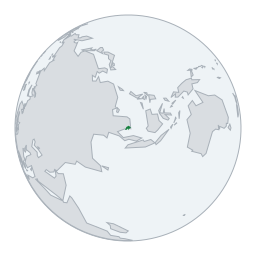 Kiên Giang highlighted on a globe, orthographic projection, rotated 303°
{"feature_id": "VNM-502", "entity_name": "Kiên Giang", "entity_type": "Province", "adm_level": 1, "iso_a3": "VNM", "parent_name": "Vietnam", "parent_adm1": "", "projection": "orthographic", "projection_center": [104.707, 9.97], "detail": "fine", "context": "on_globe", "style": "filled", "palette": "green", "viewbox_px": 256, "rotation_deg": 303, "n_neighbors": 0, "source": "natural_earth", "source_scale": "10m", "svg_char_len": 8897}
<svg xmlns="http://www.w3.org/2000/svg" viewBox="0 0 256 256"><g transform="rotate(303 128 128)"><circle cx="128" cy="128" r="113" fill="#eef3f6" stroke="#a8b0b8"/><path d="M232.7,163.5L232.5,164.2L232.4,164.4L232.7,163.5ZM180.1,28.1L184.1,30.4L180.4,28.3L190.5,34.7L193.6,37.7L187.9,33.0L185.5,31.5L186.5,32.6L184.3,31.5L183.5,31.4L180.7,30.0L177.6,27.8L175.8,27.0L176.6,27.9L174.4,27.3L173.5,26.1L169.5,25.1L163.6,21.9L163.6,21.1L172.0,24.3L180.1,28.1ZM187.5,32.5L186.8,32.0L188.3,33.0L187.5,32.5ZM183.8,31.7L184.7,32.3L183.9,32.1L183.8,31.7ZM179.0,29.8L177.4,29.4L178.5,29.4L179.0,29.8ZM176.2,29.0L172.4,28.4L174.1,29.6L167.1,26.2L172.6,27.6L173.7,27.3L174.4,28.1L176.2,29.0ZM163.9,24.7L162.5,24.3L163.3,24.3L163.9,24.7ZM143.8,16.5L147.8,17.1L143.8,16.5ZM142.7,16.3L142.8,16.3L141.3,16.1L141.5,16.2L142.7,16.3ZM138.8,15.9L138.7,15.9L138.2,15.8L138.8,15.9ZM141.2,16.1L141.7,16.2L140.6,16.1L141.2,16.1ZM134.7,15.6L135.0,15.6L133.0,15.5L132.1,15.4L134.7,15.6ZM38.8,59.2L38.8,59.3L38.1,60.4L34.7,65.1L31.0,73.4L34.0,69.8L34.3,75.2L36.7,76.4L43.9,67.5L39.9,65.3L42.8,60.5L48.8,58.4L52.8,61.0L54.0,59.3L54.5,54.4L58.4,52.0L55.0,52.5L54.1,54.5L51.9,55.0L52.6,53.3L53.9,52.4L53.6,51.1L47.2,56.2L45.6,58.7L42.9,58.4L40.0,62.7L38.2,64.3L42.3,57.5L44.2,55.4L49.4,48.2L47.2,50.3L42.1,57.4L42.3,56.6L39.2,60.1L41.8,56.8L47.9,49.0L47.5,49.2L58.7,39.2L61.4,37.3L61.5,37.5L67.2,33.7L68.0,33.4L64.4,35.6L61.9,37.5L62.7,38.7L64.1,38.2L67.8,35.8L67.5,36.7L71.0,34.2L73.5,34.3L73.3,32.3L77.6,30.0L81.4,28.9L82.8,27.9L76.5,29.9L74.0,31.0L72.0,32.5L65.2,36.1L64.0,36.4L70.9,31.7L70.0,31.7L75.8,28.5L89.3,24.4L92.7,24.5L89.3,28.9L86.0,29.8L85.6,28.6L82.1,31.7L84.2,30.5L84.0,31.4L88.1,29.9L88.1,30.5L91.9,28.2L92.4,28.7L90.0,30.2L96.4,29.0L98.6,30.1L100.1,29.5L101.0,28.7L103.2,30.9L104.1,30.5L103.8,29.5L105.4,28.1L109.3,26.6L109.8,27.4L108.5,28.1L106.6,31.0L103.1,32.9L103.7,33.2L106.9,31.7L109.2,28.1L111.4,27.0L110.7,28.6L111.1,27.9L112.4,27.6L114.1,28.3L115.0,26.6L127.9,23.8L132.5,25.1L130.5,26.6L140.1,26.7L144.6,29.0L144.2,28.0L148.6,27.9L147.2,27.1L147.4,26.7L158.0,26.9L160.9,27.9L165.1,27.7L164.9,27.2L163.0,26.4L167.1,26.2L174.1,29.6L174.1,30.3L178.5,32.2L177.9,33.7L179.5,36.1L176.4,37.1L177.9,39.2L179.4,39.8L182.6,43.3L183.9,49.3L176.1,41.9L172.9,34.1L173.6,36.8L171.4,35.6L170.5,36.3L171.1,38.5L172.5,39.1L163.3,40.8L160.9,47.1L166.0,47.4L169.2,49.9L171.0,59.0L161.6,70.9L165.8,75.8L166.1,78.8L162.5,80.3L162.0,75.8L158.3,74.0L158.6,71.4L152.7,72.9L152.8,69.4L148.1,72.6L149.9,75.6L155.1,75.3L151.0,80.0L156.3,85.6L157.0,92.0L148.1,102.7L139.1,105.6L138.6,107.6L135.0,105.0L130.2,108.9L136.8,121.1L136.6,124.6L128.9,130.7L128.7,128.1L119.2,121.2L117.4,129.3L124.6,136.7L127.1,145.0L121.5,142.1L119.0,134.8L115.6,132.2L116.6,125.0L113.9,114.2L108.2,115.8L108.7,111.5L104.1,102.6L96.1,104.6L83.3,114.7L81.4,125.5L77.1,129.8L72.0,113.5L72.3,103.0L68.8,103.5L64.9,94.2L53.4,91.7L53.3,89.0L50.8,89.8L48.3,86.5L48.6,82.1L46.4,81.8L45.9,93.6L48.4,93.9L52.6,90.3L51.8,94.4L54.4,98.7L46.3,107.3L31.7,112.9L32.7,104.7L34.5,81.7L35.9,79.5L36.0,79.2L36.2,78.8L33.8,82.2L34.9,77.9L31.3,93.3L29.6,99.7L31.4,113.3L30.6,114.4L32.0,117.5L39.3,116.2L38.8,118.9L33.8,130.4L25.8,145.1L28.3,157.1L30.2,166.8L28.5,171.9L31.9,179.6L31.4,181.5L33.5,185.8L35.0,189.8L36.3,193.1L35.4,192.1L31.1,185.5L27.3,178.5L24.0,171.4L21.3,164.0L19.0,156.4L17.3,148.7L16.1,140.9L15.5,133.0L15.4,125.1L15.9,117.2L16.9,109.4L18.5,101.6L20.6,94.0L23.3,86.6L26.4,79.3L30.1,72.3L34.2,65.6L38.8,59.2ZM54.4,69.1L58.5,70.7L61.1,64.5L62.9,64.8L63.1,62.7L61.2,64.1L62.5,58.7L65.8,57.7L67.6,55.3L66.3,54.7L60.0,57.4L58.2,65.0L55.4,67.0L54.4,69.1ZM62.3,36.5L61.6,37.0L60.8,37.6L62.3,36.5ZM125.3,15.4L125.6,15.4L124.0,15.5L119.6,15.8L121.1,15.8L120.0,16.1L116.4,16.5L117.5,16.2L112.8,17.0L112.2,16.8L111.7,16.9L109.9,17.0L106.8,17.5L107.0,17.4L105.7,17.7L104.5,17.9L102.7,18.2L113.9,16.2L125.3,15.4ZM131.7,15.4L131.8,15.4L130.1,15.4L132.5,15.5L127.4,15.5L124.6,15.5L127.8,15.4L131.7,15.4ZM39.5,58.9L39.3,59.4L39.5,59.6L37.6,61.9L39.5,58.9ZM43.5,53.6L41.0,56.6L41.2,56.3L43.5,53.6ZM46.0,51.0L43.9,53.3L45.1,51.8L46.0,51.0ZM64.8,35.5L65.2,35.5L64.4,36.1L63.1,36.8L64.8,35.5ZM102.3,20.2L103.4,19.7L104.1,19.6L107.8,18.6L108.6,18.9L106.6,19.6L102.3,20.2ZM41.9,68.7L39.9,70.1L40.1,69.0L40.8,68.7L41.9,68.7ZM37.7,65.7L37.6,67.5L37.1,66.4L37.7,65.7ZM103.7,20.3L105.2,19.8L104.7,20.3L103.7,20.3ZM109.3,19.0L109.0,19.5L109.1,18.8L109.3,19.0ZM84.5,221.7L86.8,223.0L85.3,222.9L84.5,221.7ZM39.8,168.1L41.8,184.3L39.0,183.5L36.3,178.3L34.1,168.3L36.6,166.2L37.2,161.9L39.8,168.1ZM155.4,165.1L158.7,165.7L158.6,166.2L155.4,165.1ZM151.9,163.2L155.7,163.5L151.2,164.3L151.9,163.2ZM157.2,163.6L161.1,162.7L162.8,162.0L162.5,163.0L157.2,163.6ZM149.3,163.1L135.0,162.3L129.3,160.6L130.6,158.8L139.8,159.8L149.3,163.1ZM130.2,158.7L121.5,152.9L109.7,136.6L113.9,137.1L126.3,147.3L125.5,148.9L130.8,153.4L130.2,158.7ZM151.1,150.0L150.3,154.8L142.4,154.0L138.8,153.1L136.3,146.6L137.7,143.5L140.7,143.8L152.1,133.5L156.0,136.3L152.5,140.7L155.8,145.1L151.1,150.0ZM81.9,126.5L84.1,133.3L81.8,134.1L81.9,126.5ZM156.6,126.2L152.1,130.7L156.2,124.6L156.6,126.2ZM159.1,120.4L159.4,122.8L157.5,120.4L159.1,120.4ZM138.5,110.9L135.4,111.2L135.3,109.6L139.2,108.1L138.5,110.9ZM157.4,97.5L157.4,102.3L156.9,103.9L155.4,100.9L157.4,97.5ZM112.0,24.0L106.0,24.8L102.1,26.1L100.7,27.7L100.1,26.1L106.1,24.1L112.0,24.0ZM125.8,23.6L127.0,22.6L128.3,23.0L128.1,23.3L125.8,23.6ZM125.3,23.0L123.6,21.8L125.4,21.3L126.4,22.3L125.3,23.0ZM113.4,20.4L111.6,20.6L112.1,20.2L113.4,20.4ZM206.5,206.4L206.7,207.0L203.5,210.0L199.5,213.2L196.8,214.4L206.5,206.4ZM181.9,215.0L182.9,211.7L186.7,211.3L184.2,214.3L181.9,215.0ZM209.2,203.9L212.1,200.7L214.3,196.7L212.6,200.2L213.6,200.1L207.3,206.6L209.2,203.9ZM171.0,200.8L149.2,207.3L144.7,206.2L146.3,203.3L143.2,194.1L144.7,194.4L144.3,188.2L157.5,183.0L167.1,172.9L173.8,173.7L179.3,166.4L186.1,167.0L183.7,172.9L190.3,176.9L195.9,163.7L198.8,177.8L202.9,182.8L202.8,191.6L191.6,206.3L186.1,209.2L185.5,207.9L183.1,209.4L180.1,208.8L179.3,204.1L176.9,205.5L179.7,202.0L176.0,205.1L174.8,202.1L171.0,200.8ZM219.0,175.5L219.7,175.8L220.5,178.2L219.3,177.8L219.0,175.5ZM230.8,166.6L230.8,167.7L230.2,168.1L230.8,166.6ZM232.4,164.4L231.7,165.0L232.7,163.5L232.4,164.4ZM224.1,167.0L224.4,167.9L224.0,168.2L224.1,167.0ZM223.8,166.8L224.5,165.3L224.2,166.7L223.8,166.8ZM220.8,159.3L221.3,158.5L221.5,159.1L220.8,159.3ZM163.6,165.9L168.4,162.2L170.9,162.0L163.6,165.9ZM220.2,157.7L218.9,157.6L219.1,156.9L220.2,157.7ZM220.3,155.9L220.3,154.9L220.9,157.4L220.3,155.9ZM218.0,153.6L219.5,155.5L217.8,153.8L218.0,153.6ZM217.0,153.9L215.9,153.0L216.0,152.7L217.0,153.9ZM203.2,155.3L207.6,161.7L203.9,161.5L199.8,157.5L196.3,161.2L188.5,160.4L190.4,158.2L189.4,154.7L181.2,153.1L179.6,150.8L182.6,149.3L177.0,147.4L183.1,146.5L185.5,151.2L188.9,147.7L194.6,148.7L200.1,150.4L204.3,154.0L203.2,155.3ZM183.0,156.8L184.0,156.8L183.1,158.2L183.0,156.8ZM213.7,150.5L215.4,152.7L215.1,153.3L214.3,153.0L213.7,150.5ZM205.3,153.2L209.9,149.4L211.0,149.4L207.9,153.8L205.3,153.2ZM208.9,146.8L211.0,147.4L212.0,149.6L211.6,150.2L208.9,146.8ZM170.7,152.1L170.4,153.4L168.8,152.3L170.7,152.1ZM172.7,151.4L177.5,152.9L172.3,152.5L172.7,151.4ZM158.1,146.3L159.5,149.4L164.0,147.7L160.5,150.3L163.6,155.5L162.5,157.4L159.5,151.8L158.4,157.4L156.4,157.2L155.3,152.3L157.4,146.5L159.4,144.2L167.5,143.5L158.1,146.3ZM172.7,147.6L171.4,144.0L172.4,141.7L173.8,143.6L172.7,147.6ZM167.6,135.4L164.2,131.2L161.1,132.6L167.2,127.2L169.6,132.1L167.6,135.4ZM164.6,126.3L161.7,127.6L164.6,124.4L164.6,126.3ZM160.9,126.2L160.6,123.4L162.9,123.8L160.9,126.2ZM166.1,126.5L166.5,121.7L167.8,124.6L166.1,126.5ZM159.4,117.1L164.5,121.9L158.0,119.6L157.5,110.6L160.2,110.5L159.4,117.1ZM172.9,82.5L172.1,80.1L174.5,79.7L174.4,81.5L172.9,82.5ZM181.6,77.1L174.9,78.9L169.4,80.7L171.2,81.8L170.3,85.8L167.3,81.9L171.0,77.7L175.2,77.1L175.5,73.9L178.4,72.0L177.3,68.0L178.5,66.4L180.8,70.0L181.6,77.1ZM176.6,66.3L175.8,59.7L180.4,61.0L181.6,62.7L180.1,65.1L177.7,64.3L176.6,66.3ZM176.9,58.5L174.6,57.8L168.5,48.4L168.4,46.8L175.5,54.1L173.7,53.8L174.4,56.1L176.9,58.5ZM163.1,24.8L162.5,24.4L163.8,24.8L163.1,24.8ZM146.6,26.3L147.0,25.7L148.4,26.2L146.6,26.3ZM149.0,24.6L147.1,24.5L148.9,24.3L149.0,24.6ZM142.8,24.4L146.2,24.3L143.3,24.9L142.8,24.4Z" fill="#d9dde1" stroke="#a8b0b8" stroke-width="1"/><path d="M127.8,126.9L128.0,126.9L128.4,127.2L129.0,127.5L129.4,127.9L129.5,127.9L129.5,128.0L129.5,128.3L129.3,128.5L129.3,128.8L129.2,128.7L129.1,128.8L129.1,129.0L128.7,128.9L128.4,128.9L128.2,128.9L128.3,128.8L128.3,128.5L128.3,128.3L128.4,128.2L128.5,128.2L128.8,128.2L128.7,127.9L128.5,127.7L128.4,127.8L128.4,127.7L128.2,127.6L127.9,127.6L127.8,127.4L127.7,127.4L127.6,127.2L127.7,126.9L127.8,126.9L127.8,126.9ZM126.8,127.2L126.8,127.5L126.7,127.6L126.7,127.8L126.6,127.6L126.5,127.4L126.4,127.3L126.3,127.2L126.5,127.2L126.8,127.2Z" fill="#22c55e" stroke="#15803d" stroke-width="1.5"/></g></svg>